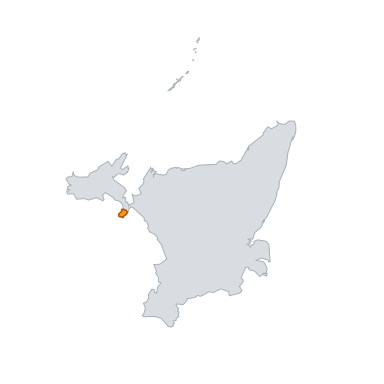 India, with Sikkim highlighted, rotated 216°
{"feature_id": "IND-3259", "entity_name": "Sikkim", "entity_type": "State", "adm_level": 1, "iso_a3": "IND", "parent_name": "India", "parent_adm1": "", "projection": "natural_earth1", "projection_center": [88.435, 27.596], "detail": "fine", "context": "in_parent", "style": "filled", "palette": "amber", "viewbox_px": 384, "rotation_deg": 216, "n_neighbors": 0, "source": "natural_earth", "source_scale": "10m", "svg_char_len": 4858}
<svg xmlns="http://www.w3.org/2000/svg" viewBox="0 0 384 384"><g transform="rotate(216 192 192)"><path d="M82.5,167.6L86.7,166.6L87.3,163.5L94.9,164.8L100.2,162.6L101.8,164.2L104.3,162.7L101.8,151.3L98.9,151.0L97.8,149.1L98.3,143.7L93.6,141.6L94.0,138.2L100.8,130.0L103.6,132.9L111.7,130.6L115.5,123.5L119.8,121.0L123.6,112.8L126.8,111.4L127.6,108.3L133.2,102.9L132.4,101.5L132.9,95.8L138.7,92.3L138.1,90.8L134.1,89.8L134.0,87.4L131.8,87.3L131.5,85.3L129.4,83.5L130.5,80.6L129.4,78.7L131.4,76.7L129.0,75.5L129.5,74.0L128.3,72.8L129.6,70.3L132.1,69.3L142.3,71.7L148.8,69.6L157.8,62.7L159.6,62.9L159.3,64.9L161.4,70.7L166.0,73.5L164.2,76.1L164.6,80.7L167.0,83.6L167.4,89.7L165.2,91.0L163.7,88.8L161.3,89.5L163.8,94.6L163.7,100.3L166.4,99.6L169.1,103.3L173.9,105.1L174.2,107.1L180.2,110.8L175.6,114.7L173.0,122.8L186.1,131.5L192.2,133.2L192.6,134.6L196.8,135.9L202.8,134.9L206.6,136.6L207.2,138.9L211.3,141.5L213.7,140.7L215.4,142.9L231.9,144.9L233.1,141.8L231.8,138.1L233.0,130.7L236.2,129.4L237.9,130.2L237.5,134.6L238.6,136.4L237.4,137.7L240.5,140.9L245.1,142.0L249.5,140.3L252.4,141.3L261.8,140.6L262.4,136.7L258.7,134.3L259.0,132.4L265.8,131.4L271.0,124.6L274.8,123.7L281.1,118.4L286.8,120.9L291.6,117.2L294.0,119.0L292.3,120.5L292.4,122.0L294.6,120.8L295.7,123.4L293.6,126.6L296.0,126.1L301.4,128.3L301.5,130.8L298.2,134.0L299.9,138.2L297.1,136.3L293.1,136.9L285.2,142.9L285.3,147.9L281.3,154.4L282.3,156.9L278.0,167.4L272.0,165.8L272.4,174.1L270.9,175.1L270.8,182.3L269.0,184.4L267.6,183.2L266.5,184.5L263.9,169.2L261.5,169.2L259.2,175.5L257.8,173.5L256.9,174.4L255.8,170.1L257.2,165.5L261.1,164.6L262.8,162.7L263.7,158.4L265.5,157.8L262.3,155.8L250.2,155.9L245.7,154.7L245.6,148.8L244.4,146.4L243.5,148.3L242.2,148.3L239.5,144.6L238.1,146.0L234.7,143.2L235.2,145.0L232.5,149.3L239.0,155.0L235.3,155.6L232.1,160.7L237.3,163.9L236.2,169.3L237.4,173.0L238.9,173.7L239.8,187.5L238.4,186.6L237.5,188.1L236.7,183.2L236.3,187.4L234.1,186.5L232.8,187.6L233.4,183.1L231.4,181.0L233.1,183.3L231.5,185.9L225.1,188.8L223.2,191.2L224.1,196.0L222.4,199.5L219.5,202.3L218.5,201.9L218.3,203.3L213.4,205.1L212.9,203.4L211.0,204.5L210.4,206.0L212.4,205.7L207.3,210.2L202.2,217.7L188.8,228.5L188.0,233.3L184.2,235.3L180.5,235.3L178.1,240.5L175.6,239.3L172.9,240.9L171.0,246.6L172.8,260.9L171.7,258.8L170.9,259.8L173.1,262.0L167.9,280.4L169.1,281.4L169.0,289.3L164.9,289.8L162.0,296.0L162.6,298.1L165.6,299.4L162.3,298.7L158.0,300.2L156.2,302.1L155.1,306.6L150.9,309.4L147.5,307.2L143.6,302.0L141.8,297.1L141.2,292.8L142.9,296.3L142.0,292.8L137.4,279.9L131.5,269.1L127.5,251.8L124.2,246.6L123.4,241.4L122.3,240.9L119.8,234.2L116.7,214.6L117.8,211.2L117.5,210.0L116.5,211.6L116.2,210.6L116.4,208.7L117.7,208.8L116.2,208.1L115.4,203.9L117.3,196.3L115.4,190.0L116.3,189.1L115.4,189.2L119.2,186.6L114.9,187.1L116.2,184.6L114.8,184.6L115.1,182.9L117.0,182.2L112.3,181.9L113.0,183.5L111.1,185.9L112.7,188.6L110.8,191.9L103.1,195.7L99.1,194.8L88.0,181.7L88.7,180.4L90.4,181.8L97.2,179.2L99.8,174.5L93.4,177.5L90.2,176.7L85.8,173.6L84.3,170.2L87.1,167.7L82.9,170.0L82.5,167.6ZM268.1,278.4L266.7,275.3L268.6,272.2L269.1,262.0L270.7,260.3L269.4,265.8L270.2,269.4L269.2,270.3L268.1,278.4ZM276.8,316.9L276.8,321.3L275.5,318.9L276.8,316.9ZM266.5,287.2L265.5,287.2L265.3,285.4L266.5,284.1L266.5,287.2ZM273.3,309.9L273.2,311.2L273.0,310.0L273.3,309.9ZM274.5,308.2L274.1,309.9L274.2,308.1L274.5,308.2ZM275.8,315.4L275.3,316.7L275.0,316.2L275.8,315.4ZM268.9,299.6L268.2,299.6L268.5,298.9L268.9,299.6ZM267.9,279.0L267.2,279.7L267.5,278.6L267.9,279.0ZM270.4,273.9L270.7,275.1L269.9,274.2L270.4,273.9ZM271.5,307.8L270.9,307.6L271.1,306.9L271.5,307.8ZM268.2,265.7L267.8,267.0L268.0,265.6L268.2,265.7Z" fill="#d9dde1" stroke="#a8b0b8" stroke-width="1"/><path d="M238.6,136.4L238.5,136.7L238.5,136.8L238.4,136.9L237.9,137.0L237.7,137.1L237.6,137.4L237.4,137.7L237.4,137.9L237.3,138.0L237.1,137.9L236.9,137.7L236.5,137.8L236.0,137.7L235.8,137.7L235.3,138.3L235.1,138.4L234.9,138.5L234.7,138.5L234.4,138.4L233.7,138.1L233.4,138.0L233.0,138.0L232.8,138.0L232.7,138.0L232.6,137.9L232.5,137.6L232.4,137.4L232.2,137.2L232.1,136.6L232.2,136.4L232.1,136.1L232.0,135.9L232.1,135.6L232.2,135.4L232.2,135.2L232.1,134.9L232.3,134.4L232.8,133.5L232.9,132.8L233.0,132.5L233.1,132.3L233.1,131.9L233.2,131.7L232.8,131.5L232.7,131.4L232.7,131.1L232.7,130.9L232.8,130.7L233.1,130.7L233.1,130.8L233.2,130.7L233.4,130.6L234.8,130.4L235.3,130.0L235.5,129.9L235.7,130.0L235.8,129.9L235.9,129.7L236.0,129.6L236.4,129.3L236.5,129.3L236.6,129.5L236.8,129.6L237.2,129.7L237.4,129.8L237.7,130.0L237.9,130.2L238.0,130.3L238.0,130.5L238.0,130.8L238.0,131.0L238.3,131.4L238.3,131.5L237.9,133.4L237.8,133.7L237.6,134.0L237.5,134.4L237.5,134.5L237.6,134.8L237.6,135.1L237.6,135.4L237.7,135.6L237.9,135.8L238.0,135.9L238.1,136.0L238.3,136.2L238.4,136.3L238.6,136.4Z" fill="#f59e0b" stroke="#b45309" stroke-width="1.5"/></g></svg>